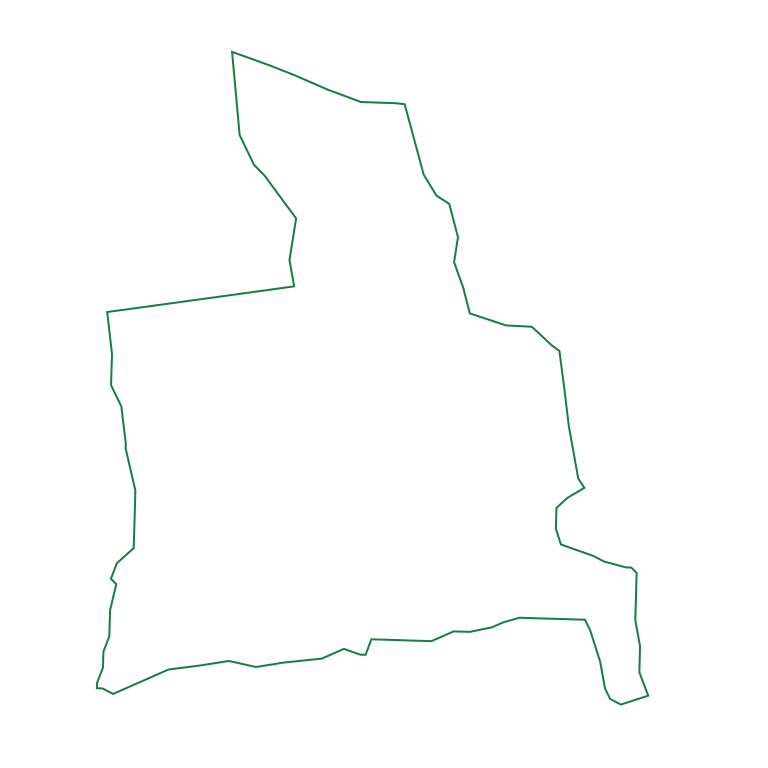 Kesm Mallawi, Al Minya, Egypt, rotated 273°
{"feature_id": "37247803B87955288089668", "entity_name": "Kesm Mallawi", "entity_type": "district", "adm_level": 2, "iso_a3": "EGY", "parent_name": "Egypt", "parent_adm1": "Al Minya", "projection": "robinson", "projection_center": [30.827, 27.729], "detail": "fine", "context": "isolated", "style": "outline", "palette": "green", "viewbox_px": 768, "rotation_deg": 273, "n_neighbors": 0, "source": "geoboundaries", "source_scale": "gbopen_adm2", "svg_char_len": 1435}
<svg xmlns="http://www.w3.org/2000/svg" viewBox="0 0 768 768"><g transform="rotate(273 384 384)"><path d="M707.7,214.9L625.1,226.8L596.1,242.7L585.8,253.9L565.3,270.7L544.7,287.6L502.8,283.1L476.8,289.2L441.4,103.8L399.8,110.8L368.5,111.5L367.7,111.9L367.0,112.3L358.1,117.2L347.8,122.9L311.3,129.2L306.1,129.4L285.3,135.3L264.5,141.3L248.8,141.7L222.7,142.3L207.0,142.6L191.0,126.6L175.2,121.5L170.1,127.1L143.8,122.3L117.7,122.9L101.9,117.8L86.2,118.2L70.4,113.1L65.2,113.2L65.3,118.7L60.3,129.7L65.8,140.5L76.7,162.1L87.6,183.7L93.5,216.3L99.3,243.5L94.7,271.0L100.5,298.1L106.5,336.2L117.4,357.8L112.5,374.3L112.6,379.8L126.6,384.2L127.5,384.5L128.4,384.8L129.0,412.1L129.2,423.1L129.7,444.9L140.6,466.5L140.7,472.0L141.0,482.9L146.7,504.6L152.1,515.4L157.7,531.6L158.1,553.5L158.5,569.8L159.1,597.1L148.7,602.8L133.2,608.7L117.6,614.5L91.6,620.6L81.3,626.3L76.3,637.3L86.6,664.2L109.4,654.1L135.5,653.4L161.5,647.3L182.4,646.8L198.0,646.4L208.5,646.2L213.6,640.6L213.5,635.1L218.2,613.1L223.2,602.1L228.1,585.6L233.0,569.1L233.9,568.7L234.7,568.4L248.5,563.2L269.4,562.7L280.1,573.4L290.8,589.5L299.9,582.9L325.9,576.8L351.9,570.7L388.4,564.4L426.3,557.4L431.2,549.7L448.9,528.7L448.9,502.6L459.0,466.0L484.2,458.1L502.4,450.5L509.4,447.6L534.5,450.2L567.3,439.7L574.8,426.6L595.1,412.7L664.5,390.0L665.0,380.9L664.4,346.2L674.9,312.7L687.9,277.8L696.1,253.4L707.7,214.9Z" fill="none" stroke="#15803d" stroke-width="2"/></g></svg>